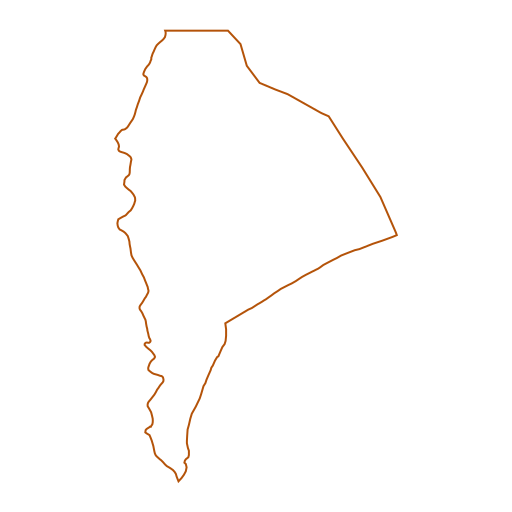 Cantonement, Laborie, Saint Lucia (orthographic projection)
{"feature_id": "8701671B14194395113255", "entity_name": "Cantonement", "entity_type": "district", "adm_level": 2, "iso_a3": "LCA", "parent_name": "Saint Lucia", "parent_adm1": "Laborie", "projection": "orthographic", "projection_center": [-60.978, 13.756], "detail": "fine", "context": "isolated", "style": "outline", "palette": "amber", "viewbox_px": 512, "rotation_deg": 0, "n_neighbors": 0, "source": "geoboundaries", "source_scale": "gbopen_adm2", "svg_char_len": 4365}
<svg xmlns="http://www.w3.org/2000/svg" viewBox="0 0 512 512"><path d="M178.5,481.3L181.5,478.1L183.9,474.8L185.8,471.3L186.6,467.3L185.8,464.0L184.4,462.7L184.9,460.6L185.9,459.2L188.3,457.3L188.9,455.1L188.9,450.8L187.9,447.9L186.9,443.3L186.9,440.9L187.2,435.4L187.6,429.5L188.9,424.9L190.3,418.7L191.8,413.7L195.8,406.6L199.7,398.5L201.1,394.3L203.5,386.1L205.4,383.1L206.5,379.7L208.6,374.8L210.6,370.3L211.4,367.6L212.8,365.6L215.0,360.6L217.1,357.1L218.4,356.3L219.3,354.1L220.8,350.6L222.4,347.0L224.6,344.1L225.6,340.9L226.1,335.8L226.1,329.3L225.3,323.3L248.3,309.6L251.9,308.0L257.7,304.2L259.2,303.4L262.2,301.6L264.0,300.4L265.8,299.4L269.0,297.1L271.3,295.5L274.2,293.3L277.8,291.0L280.8,288.9L284.7,286.9L288.4,285.0L291.6,283.5L295.8,281.1L298.6,279.2L302.1,276.9L306.1,274.7L309.7,272.9L312.2,271.6L313.9,270.8L316.2,269.6L318.1,268.7L320.2,267.3L323.3,265.0L326.3,263.4L333.4,259.7L336.9,258.0L341.2,255.5L347.8,252.9L354.8,250.2L359.4,249.1L372.8,243.8L382.2,240.7L392.3,237.0L396.2,235.4L396.8,235.1L395.9,232.6L393.9,228.0L380.4,197.0L362.2,167.6L342.8,138.5L328.7,116.3L322.3,113.5L320.5,112.6L287.7,94.2L275.3,89.5L259.6,82.9L246.8,65.8L240.5,44.1L228.0,30.7L165.2,30.7L165.5,31.5L165.7,33.2L165.5,35.0L164.9,37.2L163.3,39.3L161.7,40.8L160.2,42.0L158.3,43.7L156.7,45.3L155.6,47.2L154.4,49.8L153.7,51.5L152.7,53.5L151.9,55.9L151.8,56.4L151.3,57.6L151.3,59.3L150.5,61.1L150.1,62.4L149.4,63.7L148.4,65.1L147.4,66.1L146.7,67.0L145.3,69.0L144.6,70.5L143.9,72.1L143.3,74.1L143.8,75.4L145.1,76.2L146.3,77.0L147.1,78.2L147.3,80.0L147.0,81.9L146.5,83.2L145.1,86.4L143.7,89.5L143.0,91.4L141.5,94.7L140.2,97.4L139.0,101.1L137.8,104.2L136.8,107.4L135.9,109.9L135.4,112.1L134.7,114.6L134.0,116.5L132.9,119.0L131.7,120.8L130.3,122.8L128.4,125.8L127.2,127.5L125.2,129.1L123.8,129.6L122.8,129.7L122.0,129.9L120.6,131.1L119.7,132.2L118.1,133.9L116.8,136.1L115.5,138.2L115.2,138.6L116.3,140.1L117.6,142.1L118.1,143.1L118.7,144.6L118.9,145.8L119.0,146.7L118.5,148.3L118.3,149.5L118.9,150.8L120.1,151.6L121.9,152.2L123.7,152.7L125.3,153.3L127.0,154.1L128.4,155.2L129.9,156.4L130.7,157.3L131.3,158.9L131.4,159.7L131.0,161.3L130.7,163.2L130.4,165.0L130.0,167.0L129.8,169.4L129.8,170.7L129.7,172.8L129.4,174.2L128.8,175.2L127.8,176.0L127.0,176.7L126.1,177.3L125.3,178.6L124.5,180.0L124.4,181.8L124.1,183.8L124.0,184.6L125.3,186.6L126.6,187.8L128.7,189.6L130.6,191.0L132.2,192.9L133.5,194.6L134.9,197.3L135.1,198.3L135.2,200.6L134.9,201.5L134.2,203.9L133.3,205.9L132.1,208.2L130.7,210.4L128.7,212.0L125.9,215.1L125.0,215.7L123.4,216.4L121.2,217.6L118.3,219.3L117.8,221.1L117.4,223.3L117.7,225.6L118.3,227.5L119.7,229.5L121.0,230.1L123.6,231.6L125.3,233.0L126.4,234.3L127.8,236.1L128.7,238.9L129.4,241.6L129.6,244.0L130.0,246.2L130.5,248.6L131.0,252.7L131.5,255.4L132.5,257.6L133.8,259.8L135.2,262.0L137.0,264.8L138.3,267.0L140.4,270.4L142.1,274.1L143.9,277.4L145.1,280.6L146.1,283.0L147.0,285.3L147.7,287.0L148.0,288.8L148.4,290.2L148.5,291.0L148.1,292.7L146.8,295.1L145.9,296.9L144.8,298.3L143.2,301.1L142.1,302.9L140.8,304.6L140.0,305.8L139.6,306.7L139.5,308.1L139.9,309.5L141.3,311.4L142.5,313.5L143.2,315.2L144.5,317.9L145.4,319.7L145.8,321.4L146.1,323.7L146.6,326.5L147.2,328.8L147.4,330.5L148.2,333.6L148.7,336.1L149.3,338.0L150.1,339.3L150.6,340.9L150.2,341.9L149.3,342.7L148.2,342.8L146.8,342.5L145.7,342.8L144.8,343.6L144.6,344.9L146.1,346.7L147.9,348.3L150.4,350.3L151.9,351.8L153.3,353.7L154.4,355.2L155.0,356.9L154.2,358.5L152.8,359.6L151.6,360.7L150.7,361.8L149.6,363.7L148.9,365.7L148.3,367.4L148.2,368.8L148.5,370.1L150.4,371.7L152.3,373.1L154.0,373.9L157.7,374.9L160.4,375.9L161.4,376.0L162.2,376.5L163.0,377.4L163.5,379.5L163.4,381.1L162.7,382.4L161.7,383.5L160.3,385.1L159.2,386.7L158.6,387.7L157.1,389.7L156.0,391.9L154.4,394.6L153.3,396.0L150.5,399.6L148.7,401.7L148.0,402.9L147.7,404.0L147.6,405.0L147.7,406.3L149.0,408.4L150.1,410.4L151.1,412.2L152.0,415.6L152.7,418.7L152.8,420.8L152.7,422.5L152.3,424.4L151.3,425.8L150.8,426.8L149.9,426.7L149.4,427.2L147.8,428.2L146.6,429.0L145.7,430.0L145.4,431.6L145.3,432.4L146.5,433.3L149.5,435.1L150.6,437.7L151.7,440.5L152.2,442.2L153.3,445.9L154.4,451.5L154.9,453.5L155.8,455.4L156.8,456.5L160.0,459.4L161.0,460.1L163.0,462.1L165.0,464.4L166.8,466.1L168.9,467.3L170.5,468.3L172.9,470.0L174.7,472.0L175.9,474.0L176.6,476.5L177.5,478.8L178.5,481.3Z" fill="none" stroke="#b45309" stroke-width="2"/></svg>